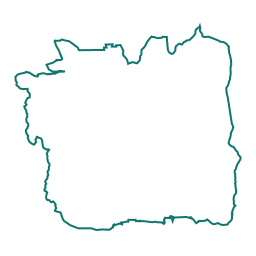 Vladesti, Arges, Romania
{"feature_id": "2599482B92023651488656", "entity_name": "Vladesti", "entity_type": "district", "adm_level": 2, "iso_a3": "ROU", "parent_name": "Romania", "parent_adm1": "Arges", "projection": "equal_earth", "projection_center": [24.925, 45.154], "detail": "fine", "context": "isolated", "style": "outline", "palette": "teal", "viewbox_px": 256, "rotation_deg": 0, "n_neighbors": 0, "source": "geoboundaries", "source_scale": "gbopen_adm2", "svg_char_len": 5693}
<svg xmlns="http://www.w3.org/2000/svg" viewBox="0 0 256 256"><path d="M235.5,182.8L235.5,180.9L235.1,179.3L235.5,177.8L235.1,176.5L235.2,175.1L235.2,174.0L234.6,172.6L235.0,170.2L235.9,168.8L236.1,167.7L237.2,164.7L240.1,159.8L240.4,159.2L240.6,158.0L240.4,157.0L238.3,154.8L237.7,152.5L237.4,151.8L236.2,150.9L235.0,148.9L233.5,146.9L232.2,146.6L230.5,145.6L229.5,144.5L228.7,143.4L228.7,142.3L230.6,136.1L230.8,134.7L230.8,133.6L231.5,131.6L232.6,129.6L232.9,128.2L233.3,127.3L232.6,125.3L232.0,124.1L231.8,123.3L227.8,97.7L226.7,93.2L226.3,89.0L226.4,87.9L226.7,87.2L228.3,84.9L229.0,81.6L230.1,78.9L230.0,77.2L230.5,75.4L230.7,73.0L230.5,69.2L230.6,66.5L230.9,66.0L231.3,64.0L231.0,62.2L231.1,60.5L230.9,58.9L230.3,58.0L230.4,56.6L229.3,53.2L229.0,51.6L229.1,50.2L228.6,49.1L228.8,47.6L228.6,47.2L228.8,46.5L228.0,46.0L226.9,44.3L224.7,42.6L223.7,42.2L222.7,41.9L220.1,41.7L219.0,40.8L210.4,37.3L210.0,37.4L208.3,36.6L205.5,37.0L204.1,37.0L202.5,36.3L202.3,34.6L201.5,33.1L200.5,31.8L199.9,30.6L199.9,29.7L200.3,28.5L199.8,26.0L199.3,27.2L197.6,28.1L197.0,28.9L196.0,29.5L195.5,30.7L195.3,33.3L195.0,34.1L192.8,37.0L191.5,38.0L189.8,39.8L188.4,40.2L186.6,40.5L185.9,40.9L185.5,41.6L185.1,41.6L183.9,42.1L182.0,44.5L181.4,44.6L180.0,43.7L178.8,43.8L176.7,45.7L176.2,46.0L175.4,47.7L175.4,50.5L173.4,53.2L172.5,53.8L171.4,53.8L169.1,52.4L168.3,50.9L167.7,48.7L167.7,47.2L167.4,45.3L167.3,42.7L166.9,41.3L167.0,39.6L166.7,36.9L165.3,37.0L162.9,36.7L161.4,37.9L159.9,37.9L158.5,38.2L156.2,37.8L154.3,37.1L152.1,37.0L151.7,36.6L150.2,37.9L147.0,42.2L146.3,43.8L144.9,46.3L144.2,47.3L141.5,49.8L141.4,54.5L140.3,56.0L140.0,57.0L140.2,58.1L139.9,58.9L139.9,59.8L138.9,61.3L138.2,61.8L137.3,63.2L137.0,63.3L135.4,63.0L135.0,62.8L133.0,62.2L131.7,62.4L130.2,63.1L129.1,63.2L128.2,63.8L127.1,59.9L125.2,57.3L123.2,55.3L123.1,52.8L123.3,50.6L120.5,45.1L116.1,45.4L116.2,46.6L111.9,46.6L112.6,44.3L105.6,44.6L106.6,47.5L103.9,47.5L104.2,50.0L93.3,49.9L91.9,50.1L79.2,50.2L78.8,50.1L78.4,48.9L77.6,47.4L74.1,45.0L74.1,44.8L69.1,41.2L65.3,40.5L61.6,39.5L61.2,40.0L60.3,40.6L59.8,40.7L56.6,40.8L54.9,40.6L54.6,41.1L54.7,41.5L55.3,42.9L55.9,45.2L59.2,51.2L60.9,56.0L61.1,55.9L62.2,58.9L61.3,59.8L60.2,60.1L56.6,59.9L56.7,60.5L56.3,60.5L53.0,62.7L46.6,64.7L48.7,69.3L52.9,71.7L54.1,71.6L56.4,71.7L60.3,70.8L61.6,71.2L64.1,71.4L64.1,71.5L63.5,71.7L59.9,71.6L58.6,72.0L57.0,72.8L56.1,72.8L55.2,73.7L54.4,73.5L53.4,73.8L51.2,73.6L50.9,74.2L50.4,74.3L48.6,73.9L47.9,74.4L44.4,73.4L42.3,73.3L38.3,74.3L37.7,74.8L37.7,75.6L38.0,75.9L37.9,76.2L37.4,76.5L35.1,76.1L34.3,75.8L33.5,75.2L32.5,74.8L32.1,74.4L31.0,73.8L29.4,72.5L28.9,72.4L28.2,72.7L26.1,71.8L25.0,72.7L18.6,74.1L16.8,75.3L16.1,76.3L15.4,76.9L15.7,80.7L16.8,82.3L16.4,84.6L16.4,84.9L16.7,85.4L18.6,86.7L19.5,88.1L19.9,88.4L22.9,89.1L27.6,88.8L27.7,90.2L27.5,90.8L27.6,91.4L28.9,92.6L29.4,93.2L29.7,94.0L29.7,97.4L29.0,97.7L27.7,98.0L27.2,98.6L25.3,102.5L25.3,103.0L26.5,104.7L25.5,105.8L24.3,106.4L24.6,107.0L24.6,108.1L25.3,108.9L26.3,110.8L26.4,112.7L27.3,113.7L27.3,114.1L27.1,114.7L27.3,116.5L26.6,117.9L26.3,118.9L26.5,121.2L26.6,122.0L28.2,123.8L28.4,125.7L27.6,126.8L27.6,127.9L26.8,128.7L26.0,130.3L25.9,132.1L26.7,133.2L26.7,134.2L28.0,135.4L28.2,136.4L27.7,137.0L27.9,138.7L28.5,139.3L28.9,141.1L29.9,142.2L32.3,144.0L34.2,144.6L35.2,143.1L35.9,142.4L36.0,141.6L35.4,139.7L36.5,138.3L36.8,136.8L37.3,136.8L38.2,137.5L40.7,138.3L41.4,138.9L42.2,141.1L42.7,145.2L43.3,147.3L43.7,148.0L44.2,148.4L44.8,148.4L46.3,149.5L47.3,149.6L48.1,149.2L48.5,149.3L49.1,149.8L48.5,150.3L46.7,153.8L47.5,155.8L47.3,157.1L47.4,158.9L48.0,161.9L49.3,163.8L49.6,165.0L48.9,167.2L48.7,170.3L47.8,171.0L47.6,171.4L47.8,173.6L48.2,174.5L48.2,175.5L47.4,176.3L47.5,178.0L46.7,179.3L45.6,180.5L45.2,181.6L45.3,182.2L46.2,183.6L45.8,184.7L45.4,185.0L45.3,186.9L45.5,187.9L44.6,189.0L44.4,189.7L44.8,190.9L46.4,191.4L46.6,192.1L47.2,192.6L46.7,193.8L46.2,196.2L46.1,197.4L46.3,198.5L46.8,199.4L47.5,200.1L48.7,200.0L49.5,200.3L50.6,201.8L51.0,202.1L51.6,202.2L53.0,201.4L54.3,202.6L55.7,204.7L55.3,205.4L55.3,205.9L56.2,208.2L55.3,209.5L54.9,210.9L60.6,212.6L62.7,218.8L64.2,221.1L70.3,225.2L78.2,228.3L91.3,228.3L96.3,230.0L103.0,229.4L104.0,229.6L107.9,229.6L109.1,229.8L111.2,228.7L111.8,227.8L113.0,227.4L113.1,225.5L113.8,225.5L113.9,224.7L114.3,224.4L114.5,224.8L115.4,225.0L119.7,223.5L122.1,224.4L122.1,223.1L121.0,223.1L121.0,222.6L123.6,222.3L126.3,221.6L128.3,221.7L128.4,219.8L132.3,219.9L135.7,219.8L135.9,221.2L139.8,220.8L139.6,221.2L143.5,221.1L152.1,222.2L155.8,221.7L156.6,222.2L163.1,222.5L163.0,223.1L163.9,223.2L163.9,223.7L164.3,223.5L164.6,222.9L164.6,221.7L164.3,221.3L164.0,219.6L165.0,218.5L165.0,217.8L169.3,218.0L169.4,217.6L169.7,217.6L170.6,218.2L170.6,217.8L170.2,216.4L170.4,216.1L171.9,216.3L172.4,216.8L172.9,216.9L172.8,217.7L173.0,218.7L172.6,219.7L172.4,220.7L172.6,221.2L173.4,218.7L174.2,217.5L186.6,217.0L190.4,218.2L190.2,217.3L190.7,217.1L193.8,220.0L194.4,220.8L194.5,221.2L196.3,223.2L197.6,222.2L198.2,222.0L198.4,221.7L198.3,221.4L198.6,220.9L199.2,221.2L200.1,221.0L202.0,221.0L203.6,220.8L205.4,220.7L206.1,220.3L207.0,219.5L207.4,219.5L211.0,222.8L212.3,223.7L213.4,224.1L214.3,224.2L218.1,223.1L220.0,224.2L222.5,225.0L227.3,224.6L227.8,224.1L228.3,223.0L230.2,221.5L231.7,219.5L232.0,217.9L231.9,216.7L232.3,215.7L231.9,214.8L232.4,214.2L232.5,213.7L231.9,213.0L231.8,212.6L232.6,211.4L232.5,210.3L233.1,209.2L233.4,208.3L234.3,206.7L235.4,205.8L235.4,205.5L234.0,204.5L233.8,203.8L233.7,203.3L234.0,202.1L233.8,201.2L233.6,199.2L233.8,197.3L234.2,195.5L235.0,194.4L235.6,194.0L236.3,191.8L236.0,190.7L236.0,189.7L235.7,188.3L235.4,184.9L235.0,183.3L235.5,182.8Z" fill="none" stroke="#0f766e" stroke-width="2"/></svg>